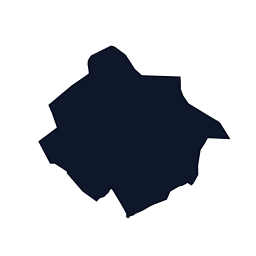 Gumel, Jigawa, Nigeria (Natural Earth projection), rotated 243°
{"feature_id": "59680162B20002653395444", "entity_name": "Gumel", "entity_type": "district", "adm_level": 2, "iso_a3": "NGA", "parent_name": "Nigeria", "parent_adm1": "Jigawa", "projection": "natural_earth1", "projection_center": [9.385, 12.623], "detail": "fine", "context": "isolated", "style": "filled", "palette": "ink", "viewbox_px": 256, "rotation_deg": 243, "n_neighbors": 0, "source": "geoboundaries", "source_scale": "gbopen_adm2", "svg_char_len": 1065}
<svg xmlns="http://www.w3.org/2000/svg" viewBox="0 0 256 256"><g transform="rotate(243 128 128)"><path d="M188.5,159.1L194.0,158.5L206.3,152.4L208.4,150.0L208.7,128.1L207.0,125.1L205.7,123.3L204.3,122.4L202.9,121.6L199.8,120.6L196.3,119.4L193.6,118.2L192.6,110.7L190.8,97.3L188.1,85.4L184.1,68.2L175.0,67.6L168.1,66.6L160.1,65.5L156.1,42.7L132.1,43.1L130.0,47.1L123.9,50.6L116.7,54.7L115.4,53.7L92.5,59.3L77.5,67.0L78.5,69.4L78.9,71.2L78.8,72.6L78.4,73.8L78.2,75.5L78.7,77.1L79.2,78.3L79.5,79.9L80.0,81.0L80.9,82.5L81.6,83.5L81.9,84.7L82.7,85.5L80.7,86.6L66.4,87.7L61.1,88.0L52.1,88.3L49.4,86.7L49.0,87.1L48.3,87.5L48.6,88.6L49.1,89.6L49.2,90.0L48.9,90.9L48.7,91.9L48.4,92.8L48.9,95.7L48.4,104.2L48.9,111.3L48.7,117.1L47.3,129.8L52.9,136.6L53.5,146.8L52.6,150.5L52.6,153.8L52.9,156.5L48.8,158.7L49.5,160.8L54.9,168.8L63.1,172.8L75.9,182.1L80.0,189.1L83.6,194.5L72.9,213.3L90.0,211.8L92.6,211.0L96.9,208.0L122.2,192.4L131.6,191.2L138.8,192.0L145.2,195.2L149.7,197.2L168.3,163.6L177.4,160.2L188.5,159.1Z" fill="#0f172a" stroke="#020617" stroke-width="1.5"/></g></svg>